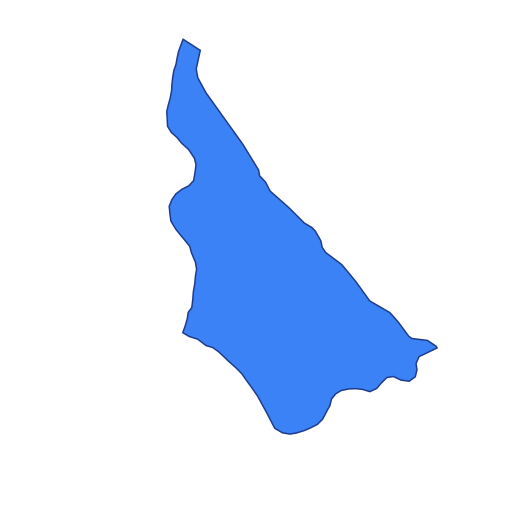 outline of III-1 Essequibo Islands, Essequibo Islands-West Demerara, Guyana, rotated 312°
{"feature_id": "73187651B403858167670", "entity_name": "III-1 Essequibo Islands", "entity_type": "district", "adm_level": 2, "iso_a3": "GUY", "parent_name": "Guyana", "parent_adm1": "Essequibo Islands-West Demerara", "projection": "robinson", "projection_center": [-58.686, 6.757], "detail": "fine", "context": "isolated", "style": "filled", "palette": "blue", "viewbox_px": 512, "rotation_deg": 312, "n_neighbors": 0, "source": "geoboundaries", "source_scale": "gbopen_adm2", "svg_char_len": 1501}
<svg xmlns="http://www.w3.org/2000/svg" viewBox="0 0 512 512"><g transform="rotate(312 256 256)"><path d="M151.5,260.3L155.2,268.3L156.0,278.8L159.0,285.0L159.8,292.1L159.7,299.1L159.4,306.1L159.5,315.4L159.0,324.2L156.8,333.8L155.2,341.4L153.0,350.7L149.7,360.2L146.5,369.3L143.7,376.7L140.5,385.2L142.3,394.0L146.3,400.3L151.5,404.5L158.6,408.7L164.4,411.4L171.9,414.3L179.3,414.7L187.9,412.5L194.3,411.0L200.3,407.8L207.0,407.5L212.8,409.2L219.2,413.8L224.1,418.8L228.2,424.5L231.4,431.4L238.3,434.3L244.7,434.1L253.3,434.6L258.4,438.8L260.8,446.8L265.4,453.6L272.8,455.2L279.1,451.8L283.2,446.9L290.3,444.5L308.8,452.1L309.5,450.4L308.0,439.9L298.9,426.9L298.6,423.0L302.1,405.9L303.5,393.4L298.7,370.6L303.8,347.2L307.0,325.5L305.2,305.4L306.7,299.4L310.7,294.0L314.1,283.7L314.6,279.0L312.8,269.8L313.9,248.5L313.7,223.0L317.3,213.6L318.0,205.0L321.6,200.5L330.2,171.5L343.8,109.7L349.5,93.5L355.0,86.4L371.5,77.0L368.3,56.8L356.3,61.5L350.3,64.9L344.7,68.4L339.1,70.7L333.0,74.6L327.4,78.6L322.3,82.7L315.7,86.7L309.3,89.9L303.8,92.9L293.2,103.5L291.1,110.5L291.2,117.9L290.1,125.1L290.0,134.8L287.4,144.9L283.7,150.3L277.0,155.0L270.2,159.2L263.3,159.1L256.0,156.3L248.5,154.9L241.5,155.8L234.9,158.2L229.8,163.7L225.0,169.4L222.2,178.7L221.0,186.1L220.0,193.3L218.8,200.3L215.0,206.3L210.9,215.1L206.4,220.7L200.5,224.5L194.2,229.2L187.6,233.3L181.0,238.4L174.7,242.8L168.8,243.3L163.4,246.9L156.8,250.1L150.0,252.9L151.5,260.3Z" fill="#3b82f6" stroke="#1e3a8a" stroke-width="1.5"/></g></svg>